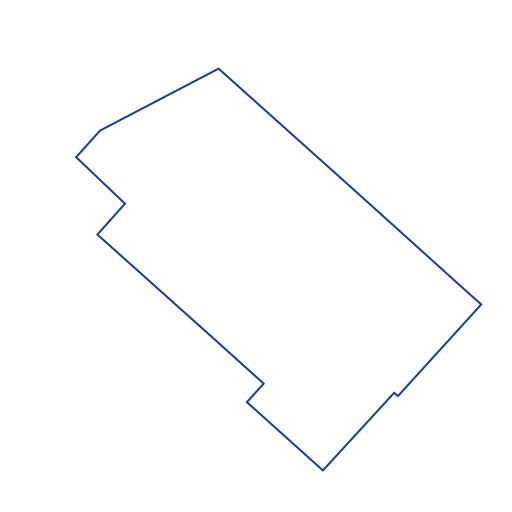 outline of Pershing, Nevada, United States of America, rotated 222°
{"feature_id": "52423323B94206551608777", "entity_name": "Pershing", "entity_type": "district", "adm_level": 2, "iso_a3": "USA", "parent_name": "United States of America", "parent_adm1": "Nevada", "projection": "robinson", "projection_center": [-118.513, 40.48], "detail": "fine", "context": "isolated", "style": "outline", "palette": "blue", "viewbox_px": 512, "rotation_deg": 222, "n_neighbors": 0, "source": "geoboundaries", "source_scale": "gbopen_adm2", "svg_char_len": 340}
<svg xmlns="http://www.w3.org/2000/svg" viewBox="0 0 512 512"><g transform="rotate(222 256 256)"><path d="M78.6,370.6L220.8,370.7L409.2,370.2L455.8,244.9L455.8,209.1L388.4,207.2L388.2,165.8L233.1,166.3L164.9,166.3L165.0,141.3L62.8,141.4L61.8,246.8L56.8,246.9L56.2,370.7L78.6,370.6Z" fill="none" stroke="#1e3a8a" stroke-width="2"/></g></svg>